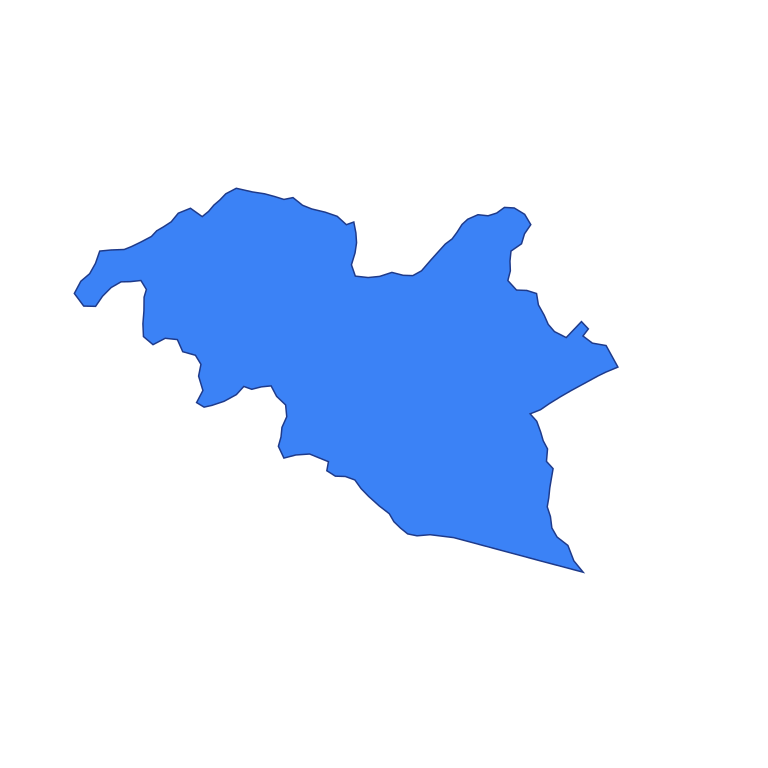 the district of Tanguá, Rio de Janeiro, Brazil, rotated 147°
{"feature_id": "56859067B54555511090464", "entity_name": "Tanguá", "entity_type": "district", "adm_level": 2, "iso_a3": "BRA", "parent_name": "Brazil", "parent_adm1": "Rio de Janeiro", "projection": "robinson", "projection_center": [-42.724, -22.773], "detail": "fine", "context": "isolated", "style": "filled", "palette": "blue", "viewbox_px": 768, "rotation_deg": 147, "n_neighbors": 0, "source": "geoboundaries", "source_scale": "gbopen_adm2", "svg_char_len": 2043}
<svg xmlns="http://www.w3.org/2000/svg" viewBox="0 0 768 768"><g transform="rotate(147 384 384)"><path d="M358.8,589.9L367.4,593.3L373.7,600.9L380.6,608.6L389.8,616.8L401.3,628.6L413.1,629.7L421.6,627.7L429.2,626.7L437.1,624.3L445.3,623.4L450.6,636.8L463.5,639.3L474.2,635.9L483.4,635.9L491.1,636.3L498.7,634.4L510.7,635.5L521.0,636.8L528.6,638.3L540.0,645.1L550.0,650.3L560.3,642.3L570.8,636.8L582.3,635.3L594.4,628.6L593.4,612.9L583.6,606.2L572.3,610.9L560.3,613.5L548.9,612.9L541.0,608.0L531.5,603.2L531.8,592.7L537.9,587.5L545.5,576.1L553.4,565.8L559.9,554.8L556.3,542.8L542.6,541.5L533.1,533.8L535.2,520.7L526.5,510.8L526.8,500.2L535.2,491.6L539.4,477.2L551.3,470.5L547.5,462.6L540.0,459.8L527.6,456.6L513.6,455.5L502.9,458.3L497.8,451.6L488.4,448.4L479.7,443.9L480.8,432.1L477.9,420.0L483.4,409.5L493.2,403.2L499.2,395.7L506.5,389.3L508.3,376.4L496.6,372.5L484.5,365.8L478.9,357.7L472.9,349.1L479.2,342.4L475.0,333.2L466.8,327.5L460.7,319.4L460.2,308.8L458.1,298.1L454.4,284.3L450.2,272.3L450.7,263.1L448.6,254.0L445.8,245.4L439.0,238.7L427.4,232.5L409.2,217.2L348.3,149.5L319.5,117.7L321.1,132.3L317.7,148.4L322.2,161.4L321.6,171.9L316.6,182.2L314.0,192.1L307.8,198.8L301.6,206.5L294.9,213.8L288.3,220.9L289.9,230.6L282.2,240.5L281.4,249.7L278.8,258.3L276.2,269.5L277.7,279.4L266.7,277.2L256.1,277.5L242.8,277.2L231.2,276.6L200.1,274.2L191.8,273.2L178.6,270.8L176.8,295.3L187.0,304.8L191.0,315.9L182.6,318.9L184.4,328.8L205.9,323.7L212.5,335.1L213.8,344.6L212.2,354.4L211.4,366.3L206.8,376.8L213.3,384.7L221.7,390.6L223.8,403.3L216.4,410.1L211.4,418.5L205.1,426.3L192.3,426.7L184.4,433.4L174.1,437.7L173.6,449.7L178.9,460.7L186.8,466.5L196.4,466.0L205.1,468.4L213.0,474.8L224.1,476.6L231.7,475.3L240.3,471.4L247.8,468.6L256.4,468.0L264.0,466.0L276.7,462.6L290.9,458.5L300.8,459.2L308.7,464.7L316.6,473.3L329.0,476.6L339.3,481.9L349.3,490.1L346.4,501.7L336.9,509.7L330.1,517.4L325.3,526.0L321.1,536.3L328.8,538.1L331.9,550.1L339.8,560.2L349.2,570.1L355.0,578.3L358.8,589.9Z" fill="#3b82f6" stroke="#1e3a8a" stroke-width="1.5"/></g></svg>